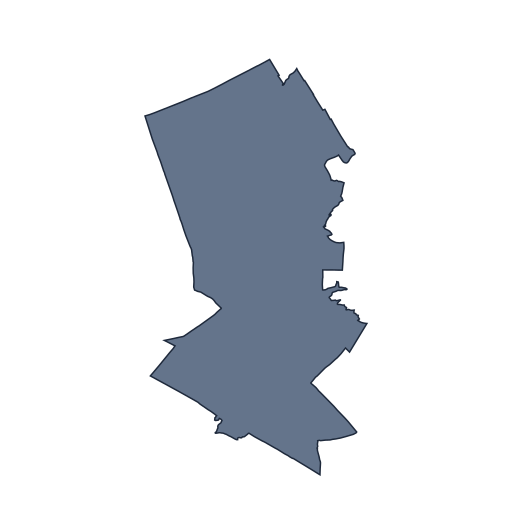 outline of Tupilati, Iasi, Romania, rotated 286°
{"feature_id": "2599482B71903072457924", "entity_name": "Tupilati", "entity_type": "district", "adm_level": 2, "iso_a3": "ROU", "parent_name": "Romania", "parent_adm1": "Iasi", "projection": "albers", "projection_center": [26.646, 47.081], "detail": "fine", "context": "isolated", "style": "filled", "palette": "slate", "viewbox_px": 512, "rotation_deg": 286, "n_neighbors": 0, "source": "geoboundaries", "source_scale": "gbopen_adm2", "svg_char_len": 6045}
<svg xmlns="http://www.w3.org/2000/svg" viewBox="0 0 512 512"><g transform="rotate(286 256 256)"><path d="M189.4,372.4L221.7,381.2L221.5,380.0L221.3,378.6L221.2,377.2L221.2,375.6L221.3,374.6L222.1,371.6L223.0,372.0L223.2,372.5L223.7,372.5L224.0,372.7L225.4,371.1L226.0,370.8L227.1,370.7L227.1,369.0L227.3,368.5L227.9,368.0L228.1,367.7L228.1,366.3L228.2,366.0L228.8,365.7L229.8,365.4L231.1,365.3L231.0,365.0L230.5,364.0L230.0,362.4L230.0,361.4L230.2,359.9L229.4,358.3L229.2,357.9L229.1,357.6L229.2,357.4L229.6,357.2L230.1,357.2L230.9,357.4L231.3,357.3L231.5,357.0L231.7,355.9L231.9,355.4L232.4,354.8L233.2,354.4L232.7,352.7L232.6,350.4L232.5,349.8L232.0,348.0L232.1,347.6L232.3,347.4L233.4,347.4L234.2,347.8L236.8,349.3L237.0,349.3L237.1,349.2L236.9,348.7L235.7,346.7L235.2,345.7L235.2,345.3L235.3,345.0L235.5,344.4L234.8,343.0L234.0,340.7L234.9,339.6L235.5,338.9L235.9,338.1L236.2,337.8L236.7,337.8L237.2,338.0L237.6,338.4L238.4,339.1L239.0,339.4L239.6,339.6L241.1,339.4L241.6,339.5L242.0,339.6L242.3,339.9L244.1,342.6L245.2,343.8L245.6,344.5L246.2,347.0L246.6,347.9L248.0,350.1L248.2,350.7L248.3,351.5L248.4,351.9L248.9,352.5L249.1,352.6L249.3,352.6L249.8,351.3L249.9,350.9L249.7,349.4L249.5,346.7L248.9,344.8L249.0,344.4L250.0,343.8L253.0,342.6L253.7,342.2L253.6,340.7L252.1,341.1L251.0,340.8L249.2,340.8L248.6,340.5L248.1,340.0L246.1,336.6L244.7,334.0L243.6,333.1L242.8,332.2L242.0,330.5L241.8,329.4L246.9,327.6L252.3,326.3L254.0,326.1L261.0,324.0L264.1,335.0L265.0,338.5L266.2,342.9L274.5,341.1L278.2,340.2L281.6,339.5L285.2,338.9L287.5,338.5L289.9,337.8L293.3,336.6L291.7,333.0L291.0,329.4L291.1,327.4L291.3,326.5L291.5,325.2L292.2,322.8L292.8,321.7L293.4,320.7L293.9,320.3L294.8,319.2L296.5,321.7L296.9,322.5L297.7,323.0L298.7,322.2L299.4,320.8L300.0,320.3L300.0,319.9L300.4,319.1L300.8,317.0L301.1,314.9L301.8,314.1L302.4,313.0L302.6,312.8L303.2,313.3L303.5,313.6L303.4,314.1L303.5,314.5L304.0,314.7L304.3,314.4L304.5,313.5L305.3,313.9L305.8,314.1L308.3,314.0L310.1,314.3L311.1,314.7L312.3,314.9L314.0,315.5L315.4,316.7L316.1,316.9L316.5,316.7L316.8,316.3L316.3,315.8L315.6,315.6L315.2,315.3L315.5,315.0L315.9,314.9L318.9,316.0L320.8,317.1L321.2,316.8L321.8,316.7L323.5,317.5L325.1,318.6L327.2,320.7L328.9,321.3L330.3,321.3L331.6,322.3L333.4,324.2L334.4,323.5L335.8,322.4L336.8,320.9L339.5,321.2L341.6,321.1L346.0,320.6L350.6,320.5L350.9,317.7L350.8,315.7L350.4,315.1L350.4,314.7L350.6,314.2L350.9,313.0L350.9,312.5L350.0,311.4L349.8,311.0L349.7,309.9L349.8,308.6L350.0,308.2L349.5,307.4L350.0,307.1L351.0,306.6L353.2,305.2L354.5,304.2L357.5,301.3L361.0,297.5L361.9,297.0L362.3,296.8L362.9,296.8L366.4,297.6L367.5,298.1L368.4,298.8L369.8,300.4L371.8,303.1L372.4,304.0L374.6,306.6L375.4,307.2L375.8,307.5L371.5,312.6L370.9,313.6L370.6,313.9L370.2,315.3L370.2,316.4L370.4,317.4L370.9,318.0L371.6,318.4L372.4,318.8L373.5,319.1L375.3,319.5L378.4,320.6L380.2,322.1L380.7,322.8L381.6,323.0L382.1,322.9L384.7,320.2L385.0,319.7L384.9,318.2L385.0,316.4L386.1,315.0L386.4,314.2L386.3,313.9L388.3,311.7L394.7,304.4L404.4,294.2L408.3,290.5L407.7,289.8L416.0,281.8L414.6,280.0L421.2,272.6L426.9,266.5L427.2,266.7L438.1,254.4L437.7,253.9L442.7,248.4L444.8,246.0L445.4,245.2L445.6,245.1L447.4,243.5L444.3,242.5L442.2,241.3L439.8,238.9L439.0,238.5L437.8,238.2L436.3,238.4L435.7,238.2L434.9,237.7L434.6,237.3L433.5,236.5L432.9,236.2L428.8,235.7L427.6,234.8L427.6,234.4L428.3,234.3L428.5,234.6L428.9,234.8L429.3,234.7L435.2,227.5L436.1,228.4L448.7,214.9L439.3,205.3L439.2,205.0L435.8,201.4L431.3,196.7L417.2,181.6L411.9,176.2L404.2,168.0L401.0,164.5L389.9,150.0L384.6,143.5L365.4,118.6L362.7,114.9L360.0,110.7L339.8,124.1L328.6,132.4L327.1,133.3L325.8,134.2L320.4,138.3L315.4,141.7L313.7,142.9L312.7,143.5L310.8,145.1L309.7,145.7L304.2,149.6L291.7,158.5L288.6,160.6L286.7,161.8L284.2,163.6L277.9,168.0L271.8,172.2L270.2,173.1L268.7,174.4L266.8,175.8L261.6,179.2L256.2,183.0L247.6,189.6L246.5,190.5L245.5,191.5L244.9,191.8L244.6,192.2L238.7,194.7L237.4,195.5L236.1,196.0L235.6,196.2L233.2,197.1L232.9,197.5L227.4,198.8L221.9,200.5L217.8,202.3L214.1,203.5L209.3,204.6L208.6,204.9L207.7,205.5L206.7,206.1L206.3,206.4L206.3,207.2L205.9,209.6L206.1,212.9L205.9,213.5L204.8,217.4L204.5,218.4L203.9,220.6L203.5,223.7L202.8,226.0L201.7,227.9L199.8,230.3L196.3,237.0L195.7,237.0L195.6,236.8L191.2,234.0L188.6,232.6L186.8,231.3L173.2,220.6L171.7,219.2L166.3,214.7L159.8,209.4L158.8,208.5L158.4,207.9L156.4,204.0L154.1,199.8L149.6,191.2L147.3,202.9L144.2,201.9L139.2,199.6L123.8,193.0L111.6,187.5L104.5,219.2L99.4,240.6L98.3,242.8L95.1,252.3L94.3,255.2L92.5,260.2L91.6,262.2L91.0,261.8L90.6,261.7L89.8,261.6L89.2,261.1L86.9,261.5L86.7,262.4L87.3,263.9L88.0,265.2L89.8,265.5L89.8,265.8L89.5,267.0L89.2,267.8L88.7,268.4L88.4,268.7L87.1,268.3L86.4,268.4L85.9,268.2L83.7,266.6L83.1,266.3L82.5,266.2L81.4,266.3L80.7,266.6L80.2,266.8L78.6,266.5L77.3,266.5L76.4,266.3L75.7,266.1L75.2,265.6L74.8,265.5L74.5,265.8L74.9,267.1L75.9,269.1L76.2,270.1L76.3,271.2L76.4,272.0L76.6,272.7L76.6,274.1L76.4,275.3L76.4,276.5L76.2,277.4L75.7,279.5L75.4,281.7L74.2,286.7L74.1,288.1L74.4,289.0L74.7,288.9L74.9,288.7L76.0,288.7L76.5,289.1L76.9,289.8L77.0,290.0L76.9,290.8L77.3,292.3L77.6,292.5L78.3,292.7L78.5,292.9L78.8,294.1L79.2,294.7L82.5,297.1L83.4,297.5L83.7,298.2L81.9,304.3L79.9,313.1L79.6,315.2L76.6,327.4L76.1,329.9L73.8,337.8L72.9,342.1L72.3,343.6L71.5,346.8L71.7,347.2L71.5,348.2L69.6,355.1L67.6,362.5L63.3,377.8L69.2,376.3L72.9,375.5L75.0,375.0L76.3,374.4L77.6,373.4L80.4,372.0L85.5,368.9L86.4,368.5L87.2,368.2L87.7,368.2L88.1,367.6L89.5,367.8L90.0,367.8L92.0,366.9L94.9,366.5L95.5,366.2L96.3,367.8L96.3,369.0L98.1,373.3L99.3,377.0L99.7,378.1L100.9,380.2L102.1,383.0L104.4,387.5L107.5,392.6L111.4,398.7L113.4,400.8L114.0,401.2L114.6,401.3L122.2,390.2L124.8,386.0L130.1,376.8L133.0,372.3L142.4,355.7L143.8,353.0L144.6,352.1L145.6,350.5L146.0,350.0L148.8,343.9L149.1,343.7L152.7,345.3L155.9,346.6L157.6,347.9L167.0,353.0L168.9,354.3L171.9,356.7L178.5,360.7L180.5,362.1L185.6,364.7L192.2,367.4L190.0,371.4L189.4,372.4Z" fill="#64748b" stroke="#1e293b" stroke-width="1.5"/></g></svg>